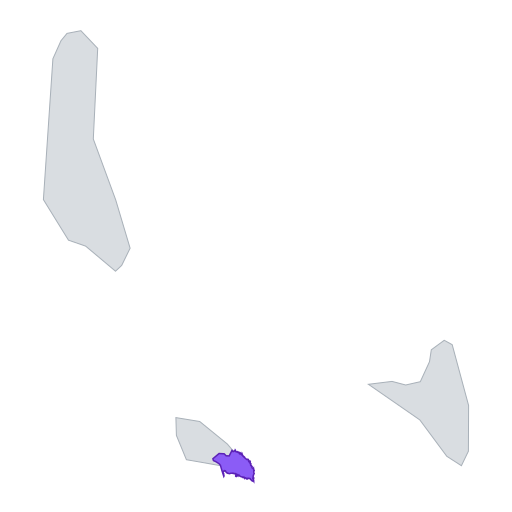 location of Djando, Moûhîlî, Comoros
{"feature_id": "10938185B42418571168375", "entity_name": "Djando", "entity_type": "district", "adm_level": 2, "iso_a3": "COM", "parent_name": "Comoros", "parent_adm1": "Moûhîlî", "projection": "equal_earth", "projection_center": [43.833, -12.356], "detail": "fine", "context": "in_parent", "style": "filled", "palette": "violet", "viewbox_px": 512, "rotation_deg": 0, "n_neighbors": 0, "source": "geoboundaries", "source_scale": "gbopen_adm2", "svg_char_len": 5066}
<svg xmlns="http://www.w3.org/2000/svg" viewBox="0 0 512 512"><path d="M121.7,265.4L115.5,271.2L85.6,246.1L68.5,240.2L43.4,199.6L52.9,58.8L61.0,40.7L67.0,33.4L80.9,30.7L97.7,48.4L93.3,139.0L115.7,199.9L130.1,248.2L121.7,265.4ZM452.2,344.7L468.6,405.5L468.4,451.2L461.4,465.7L446.8,456.3L419.8,419.9L368.4,384.3L392.0,381.4L405.7,385.0L420.3,381.7L429.5,361.7L431.3,349.8L444.2,340.3L452.2,344.7ZM227.3,444.0L250.3,470.9L186.4,459.7L176.4,435.4L175.9,417.6L199.7,421.5L227.3,444.0Z" fill="#d9dde1" stroke="#a8b0b8" stroke-width="1"/><path d="M223.8,476.4L224.0,476.0L224.0,475.8L223.9,475.3L223.9,475.1L223.7,474.7L223.7,473.6L223.5,473.2L223.1,472.7L223.1,472.3L223.0,472.2L223.1,471.8L223.1,471.7L224.1,470.8L224.3,471.1L224.5,471.0L224.6,470.9L224.7,471.0L225.1,470.8L225.5,470.9L225.7,471.4L225.9,472.0L226.2,472.2L226.3,472.3L226.7,472.5L226.8,472.7L226.8,472.8L227.1,472.8L227.4,473.1L227.6,473.3L228.2,473.3L228.5,473.4L229.2,473.7L229.9,473.6L230.6,473.3L230.8,473.2L231.4,473.2L232.3,473.3L232.8,473.1L233.0,473.3L233.1,473.2L233.7,473.3L233.7,473.5L233.8,473.6L234.3,473.6L234.6,473.8L234.8,473.7L235.1,473.5L235.6,473.6L235.8,473.8L235.9,473.7L236.0,473.7L236.1,474.2L236.1,474.3L235.9,474.4L235.9,474.7L235.8,474.8L235.8,475.4L235.6,476.0L235.7,476.3L235.8,476.4L236.0,476.4L236.1,476.1L236.2,475.8L236.6,475.6L236.7,475.4L236.8,475.3L236.8,475.2L236.7,474.9L236.9,474.8L237.0,474.8L237.3,474.8L237.3,475.0L237.4,474.9L237.5,475.0L237.4,475.2L237.4,475.3L237.6,475.0L237.7,475.3L237.7,475.5L237.8,475.6L237.8,475.3L237.8,475.1L237.9,475.4L237.9,475.2L238.0,475.2L238.2,474.9L238.3,474.9L238.4,475.0L238.5,475.1L238.8,475.0L239.0,475.0L239.4,475.5L239.4,475.9L239.5,476.0L240.1,476.2L241.2,476.8L242.1,476.8L242.2,477.0L242.3,477.0L242.9,477.5L243.4,477.1L243.9,477.1L244.0,477.1L244.2,477.3L244.2,477.8L244.3,477.8L244.5,477.7L244.8,477.8L244.8,478.0L244.9,477.9L245.2,477.8L245.8,477.8L245.9,478.2L246.0,478.4L246.0,478.5L246.5,478.9L246.7,479.0L246.8,479.0L246.9,478.8L247.0,478.7L247.2,478.8L247.3,478.5L247.4,478.4L247.6,478.3L247.8,478.2L248.0,478.2L248.1,478.3L248.1,478.6L248.3,478.5L248.2,478.5L248.2,478.4L248.5,478.3L249.1,478.4L249.6,478.4L249.8,478.4L250.1,478.6L250.0,478.8L250.2,479.0L250.6,479.5L250.8,479.6L251.1,479.9L251.3,480.1L251.8,480.5L252.3,481.1L252.6,481.1L253.1,480.9L253.4,480.6L253.5,480.7L253.4,480.9L253.5,481.0L253.7,481.3L253.7,481.1L253.6,480.8L253.6,480.7L253.7,480.3L253.6,480.0L253.5,479.8L253.4,479.2L252.9,478.8L252.8,478.7L253.1,477.8L253.4,477.9L253.7,478.3L253.8,478.2L253.7,477.8L253.1,477.8L253.0,477.7L253.0,477.0L253.1,476.8L253.2,476.6L253.2,476.1L253.4,475.7L253.3,475.3L253.7,474.5L253.9,473.9L254.2,473.7L254.1,473.3L254.0,473.2L253.9,472.8L253.7,472.1L253.7,471.5L253.8,470.9L253.8,470.6L254.2,470.6L254.2,470.4L253.9,470.3L253.9,470.0L253.6,469.7L253.6,469.4L253.5,469.2L253.7,468.9L253.5,468.6L253.4,468.4L253.4,468.2L253.2,468.4L253.1,468.5L253.0,468.4L252.9,468.2L252.6,468.1L252.2,468.0L252.0,467.7L252.0,467.3L251.9,467.1L252.0,466.9L251.9,466.9L251.6,466.0L251.6,465.8L251.5,465.7L250.8,465.6L250.6,465.1L250.6,464.9L250.9,464.3L250.9,464.2L250.7,464.1L250.9,463.8L250.8,463.7L250.8,463.8L250.7,463.7L250.4,463.2L250.2,463.1L249.9,463.0L250.0,462.6L250.3,462.0L250.3,461.7L250.2,461.5L250.0,461.8L249.6,462.2L249.3,462.1L249.0,461.8L249.0,461.6L249.1,461.3L249.0,461.2L248.9,461.2L249.0,461.0L248.9,461.0L248.9,460.7L248.7,460.6L248.5,460.3L248.4,459.8L248.4,459.6L248.1,459.3L247.7,459.2L247.3,459.3L247.1,459.6L246.7,459.5L246.1,458.9L245.8,458.7L245.5,458.3L245.1,458.1L244.7,457.7L244.6,457.4L244.5,457.5L244.4,457.4L244.1,457.1L244.0,456.9L243.7,456.8L243.6,456.3L243.4,456.1L243.2,456.1L243.1,455.9L242.9,455.7L242.8,455.8L242.7,455.6L242.6,455.2L242.4,455.2L242.2,455.0L242.1,454.9L242.1,454.6L242.2,454.2L241.9,454.0L241.9,453.9L241.7,454.1L241.7,453.8L241.6,453.7L241.4,453.7L241.2,453.7L241.1,453.8L241.0,454.0L240.9,454.0L240.9,453.9L240.8,454.0L240.9,453.8L240.7,453.7L240.8,453.6L240.5,453.8L240.5,453.6L240.4,453.6L240.5,453.5L240.5,453.2L240.4,453.3L240.2,453.5L240.3,453.8L240.2,453.9L239.8,453.9L239.7,453.8L239.6,453.7L239.7,453.3L239.8,453.2L239.6,452.8L239.4,452.8L239.1,452.4L238.8,452.7L238.6,452.6L238.2,452.4L238.1,452.5L237.9,452.3L237.9,452.0L238.0,451.9L237.9,451.8L237.8,451.7L237.7,451.8L237.6,452.0L237.4,452.0L237.2,452.0L237.2,451.9L237.2,451.6L237.1,451.9L236.9,451.8L236.4,451.8L236.2,451.8L236.1,451.7L235.9,451.7L235.7,451.5L235.6,451.2L235.4,451.0L235.4,450.8L235.5,450.6L235.5,450.4L235.4,450.3L235.4,450.5L235.2,450.7L235.3,450.4L235.2,450.2L235.2,450.3L235.0,450.6L234.9,450.5L234.9,450.4L234.8,450.5L234.6,450.6L234.4,450.7L234.4,450.4L234.3,450.7L234.3,450.8L234.3,451.1L234.1,451.3L233.9,451.4L233.7,451.5L233.2,451.5L233.2,451.4L232.7,451.4L232.3,451.1L232.3,450.8L232.0,450.4L229.2,455.9L226.2,455.8L226.0,455.7L224.2,453.8L219.1,453.5L212.9,458.7L213.2,459.9L213.5,460.6L214.3,461.0L215.4,461.4L217.0,462.4L217.6,462.7L218.3,463.3L219.4,464.0L220.4,465.3L222.0,470.9L222.1,471.1L223.8,476.4Z" fill="#8b5cf6" stroke="#5b21b6" stroke-width="1.5"/></svg>